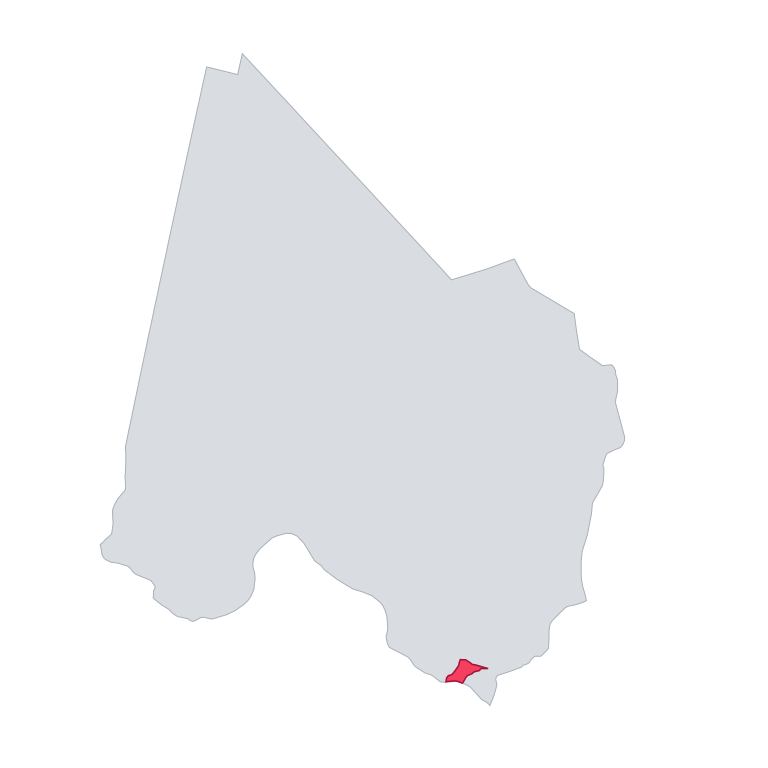 Az Zawiyah highlighted on a map of Libya, rotated 194°
{"feature_id": "LBY-2975", "entity_name": "Az Zawiyah", "entity_type": "Municipality", "adm_level": 1, "iso_a3": "LBY", "parent_name": "Libya", "parent_adm1": "", "projection": "equal_earth", "projection_center": [12.658, 32.555], "detail": "fine", "context": "in_parent", "style": "filled", "palette": "rose", "viewbox_px": 768, "rotation_deg": 194, "n_neighbors": 0, "source": "natural_earth", "source_scale": "10m", "svg_char_len": 3699}
<svg xmlns="http://www.w3.org/2000/svg" viewBox="0 0 768 768"><g transform="rotate(194 384 384)"><path d="M141.7,218.0L145.4,215.8L150.6,213.4L153.3,211.5L154.5,209.9L158.5,203.6L160.5,200.1L163.4,195.3L164.6,191.9L164.7,188.8L164.3,185.1L162.2,176.2L160.5,167.5L161.9,164.1L163.0,162.5L165.5,158.5L166.4,157.6L171.6,156.4L173.7,153.7L175.3,150.3L175.8,148.5L178.0,146.6L180.8,144.8L182.4,142.4L187.9,138.6L192.9,135.2L198.7,131.6L203.2,128.8L204.2,126.4L204.1,124.3L201.7,119.6L201.7,113.9L201.9,109.3L202.2,106.5L203.3,98.8L203.3,97.8L208.0,100.3L212.7,101.3L226.9,110.8L231.3,112.0L241.3,113.2L253.0,109.3L257.4,108.6L265.1,112.2L268.5,113.2L274.2,113.5L284.0,116.8L286.4,118.0L292.2,123.3L294.9,124.9L315.2,129.8L317.9,133.0L320.8,139.2L321.0,146.8L322.6,152.4L325.2,159.6L328.3,164.7L331.7,169.0L335.6,171.7L344.6,175.6L354.7,177.1L364.8,177.6L382.3,183.1L397.2,189.4L400.9,192.5L408.4,195.5L423.4,210.3L431.7,215.5L437.5,216.5L442.7,215.6L451.7,210.4L455.4,207.4L464.3,194.6L467.2,187.9L468.3,183.2L467.8,178.4L466.6,174.1L463.9,169.6L461.9,163.7L460.6,153.1L461.8,145.7L463.5,141.3L466.1,136.8L473.5,128.2L480.9,122.1L494.1,114.2L501.9,114.1L505.1,113.2L511.3,107.6L513.9,107.4L517.6,108.8L528.1,108.4L532.9,110.0L538.5,113.4L545.6,115.6L550.7,117.8L556.1,120.5L557.5,127.4L557.0,129.5L557.0,132.2L562.7,137.0L578.4,139.2L581.5,140.5L586.0,144.1L588.8,145.3L599.5,145.8L605.7,145.0L611.7,146.3L614.0,147.5L616.4,150.4L619.4,157.3L620.6,159.7L619.5,160.8L617.9,163.3L617.0,165.4L614.3,168.9L612.1,172.7L612.5,178.3L613.3,183.9L615.1,189.4L616.8,195.5L616.6,199.6L615.6,204.5L614.4,208.6L610.1,217.1L609.4,219.1L609.8,222.0L613.1,232.1L613.4,235.3L615.5,245.1L617.4,253.1L619.4,259.4L619.7,261.1L620.1,270.4L620.5,279.7L620.8,289.0L621.2,298.3L621.6,307.6L621.9,317.0L622.3,326.3L622.7,335.7L623.0,345.0L623.4,354.4L623.7,363.8L624.1,373.2L624.4,382.6L624.7,392.0L625.1,401.5L625.4,410.9L625.7,420.3L626.1,429.8L626.4,439.3L626.7,448.7L627.0,458.2L627.4,467.7L627.7,477.2L628.0,486.7L628.3,496.2L628.6,505.8L628.9,515.3L629.2,524.8L629.5,534.4L629.8,544.0L630.1,553.5L630.4,563.1L631.0,584.4L631.6,605.7L632.2,627.1L632.8,648.5L632.7,648.5L632.4,648.8L624.5,648.8L616.6,648.8L608.7,648.8L600.8,648.8L601.0,654.1L601.1,659.5L601.2,664.9L601.4,670.2L585.8,660.1L570.2,649.9L554.6,639.7L539.1,629.6L523.6,619.4L508.1,609.3L492.6,599.1L477.1,589.0L461.7,578.9L446.2,568.8L430.9,558.7L415.5,548.6L400.1,538.5L384.8,528.5L369.5,518.4L354.2,508.4L343.7,501.4L332.4,508.2L323.6,513.5L312.0,520.5L298.6,529.6L288.3,536.6L287.8,536.5L287.3,536.3L276.6,524.5L268.2,515.3L264.5,512.7L248.7,508.0L233.0,503.3L216.5,498.3L213.5,490.8L210.2,482.5L205.7,472.0L203.0,465.6L202.1,464.6L189.5,459.6L176.2,454.6L168.4,457.6L167.0,457.4L164.8,455.5L162.6,452.9L161.5,449.3L158.4,444.5L155.6,433.5L155.4,424.8L154.8,421.7L148.0,409.4L141.8,398.2L137.7,390.8L137.0,387.4L137.5,383.3L139.2,379.6L145.3,375.2L150.8,370.5L151.6,367.2L152.0,358.1L150.2,355.3L149.0,349.9L147.7,342.6L147.6,337.9L150.1,328.7L153.0,319.0L151.3,308.3L150.2,286.8L151.2,270.0L150.5,263.9L150.1,261.3L148.3,253.4L146.1,245.2L145.2,242.4L142.3,235.8L137.6,227.7L135.2,222.7L138.6,220.0L141.7,218.0Z" fill="#d9dde1" stroke="#a8b0b8" stroke-width="1"/><path d="M235.8,112.7L240.6,113.3L243.4,113.0L251.0,110.5L251.9,110.1L251.9,110.3L251.9,110.6L252.2,113.9L251.1,116.4L251.0,116.6L247.8,118.5L246.5,121.2L245.7,122.9L243.4,129.1L243.6,132.0L243.3,135.1L240.8,135.5L239.3,135.9L238.1,136.2L235.8,135.4L233.3,134.6L230.6,133.3L227.2,133.6L222.7,133.4L214.1,133.1L221.3,131.2L222.0,129.1L224.7,127.7L227.0,126.4L228.6,124.1L232.4,121.3L233.6,119.0L235.2,113.2L235.8,112.7L235.8,112.7Z" fill="#f43f5e" stroke="#9f1239" stroke-width="1.5"/></g></svg>